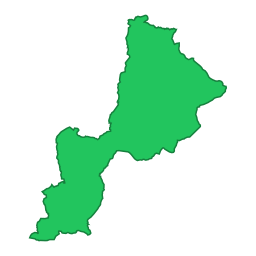 outline of Azogues, Cañar, Ecuador
{"feature_id": "8360857B88575915979484", "entity_name": "Azogues", "entity_type": "district", "adm_level": 2, "iso_a3": "ECU", "parent_name": "Ecuador", "parent_adm1": "Cañar", "projection": "mercator", "projection_center": [-78.782, -2.632], "detail": "fine", "context": "isolated", "style": "filled", "palette": "green", "viewbox_px": 256, "rotation_deg": 0, "n_neighbors": 0, "source": "geoboundaries", "source_scale": "gbopen_adm2", "svg_char_len": 5751}
<svg xmlns="http://www.w3.org/2000/svg" viewBox="0 0 256 256"><path d="M128.0,23.3L128.0,23.9L128.1,23.7L128.3,24.1L129.3,24.6L130.5,25.8L129.6,27.2L128.5,27.8L128.4,31.3L127.9,34.1L127.2,35.8L126.0,37.8L126.0,38.5L127.0,41.7L127.0,44.4L127.7,45.2L127.9,45.9L127.5,47.4L127.8,47.3L128.3,48.3L128.2,50.7L127.3,52.8L127.4,54.3L128.3,54.5L129.3,55.4L129.6,56.0L129.8,57.2L125.5,62.7L125.5,63.5L126.3,65.7L125.3,67.5L125.1,68.6L125.2,71.7L121.3,72.9L120.4,74.4L119.6,79.6L119.7,80.9L120.3,82.0L118.4,83.6L117.9,84.5L118.2,85.2L118.2,86.5L117.8,87.5L118.6,90.3L117.5,92.8L118.2,93.5L118.8,94.9L119.0,96.8L118.6,99.4L117.6,101.0L117.3,102.0L118.5,102.2L118.0,103.3L118.3,104.8L113.4,111.7L111.9,112.7L110.8,114.7L110.4,114.7L109.8,117.5L108.9,120.2L109.0,121.8L109.5,122.1L109.2,123.0L111.1,123.2L110.3,125.2L110.5,126.8L109.8,127.5L109.7,129.3L110.6,129.8L110.6,131.2L107.0,131.7L106.0,132.8L104.0,133.7L102.8,135.0L100.0,136.2L99.5,138.1L97.7,139.6L96.3,138.6L95.0,138.5L94.3,137.7L92.7,137.4L90.8,137.4L87.5,136.5L86.3,136.6L85.5,136.2L84.9,137.0L84.3,137.2L82.5,137.2L80.6,136.7L79.5,135.8L78.5,135.7L77.8,135.3L76.9,133.9L76.9,133.2L77.1,132.2L78.7,130.5L78.7,129.8L78.1,128.9L77.0,128.3L76.2,128.4L74.6,128.1L73.5,130.1L69.7,127.1L66.7,128.4L61.6,131.6L60.6,132.4L59.2,134.2L57.1,136.4L56.9,136.8L57.2,137.2L56.4,138.2L56.1,139.8L56.3,141.6L56.2,142.5L56.3,142.8L57.4,143.2L57.3,144.3L56.6,146.4L56.6,147.3L57.0,150.0L57.6,150.9L57.4,152.6L57.9,154.1L56.9,156.9L56.8,158.1L58.2,159.7L58.5,160.6L58.4,162.5L58.6,163.4L59.4,164.7L59.6,166.3L60.0,166.8L59.7,167.5L60.0,168.4L60.0,170.0L60.3,170.2L60.7,171.3L61.2,171.4L61.3,171.8L61.3,173.4L60.9,174.3L61.0,175.7L61.6,177.3L61.6,178.6L61.8,179.0L62.8,178.9L63.9,179.1L64.8,182.9L64.0,183.1L63.4,181.5L62.0,181.9L60.6,182.5L59.8,183.3L59.4,183.1L58.8,183.4L58.2,185.5L57.0,185.7L56.4,186.3L55.7,186.2L55.1,186.3L54.4,187.0L53.9,187.1L51.8,184.6L51.0,186.4L49.0,188.0L48.2,188.5L47.0,188.6L45.1,189.8L44.4,190.5L42.2,191.6L43.0,192.6L43.7,193.0L43.9,193.9L44.5,194.5L46.2,195.0L46.4,197.5L44.0,198.8L43.8,199.9L43.2,201.3L44.2,204.3L44.7,204.6L45.4,206.2L45.8,209.6L46.0,210.5L46.3,210.5L46.6,211.3L46.5,212.0L47.5,213.1L48.2,213.4L48.0,213.6L48.3,213.9L48.1,214.3L48.6,215.0L48.6,216.0L48.2,216.9L48.3,217.8L45.1,218.6L40.8,218.5L39.5,221.0L37.6,222.3L36.8,225.4L37.2,226.7L36.9,227.3L37.3,227.7L37.4,229.4L37.2,230.5L37.9,231.5L37.7,232.6L38.1,232.7L38.2,233.1L37.8,233.4L37.0,232.8L34.8,232.5L32.0,233.8L30.7,235.4L29.7,237.8L35.0,238.8L36.3,239.9L38.0,240.0L38.6,240.5L39.4,240.6L40.2,240.4L45.6,240.6L47.3,240.5L49.5,239.6L54.1,239.6L55.8,236.2L59.2,233.8L58.6,231.9L58.8,231.1L59.0,231.0L61.3,231.4L62.0,232.8L62.9,233.1L65.9,233.4L67.6,232.5L68.6,232.7L69.8,233.3L71.4,233.6L72.5,233.5L73.2,233.1L75.4,232.9L75.9,232.6L76.5,231.8L76.4,231.4L77.2,230.6L78.8,230.5L80.9,231.4L83.7,231.9L86.9,233.8L87.8,235.0L89.7,234.4L90.8,233.1L89.9,230.3L88.5,229.4L88.2,227.6L87.4,225.8L87.9,224.6L87.6,223.9L88.1,224.0L87.7,223.6L87.9,223.0L87.8,222.6L88.0,222.3L87.4,221.2L87.6,219.9L87.8,219.5L89.3,218.2L90.8,217.2L93.7,214.0L97.7,208.9L98.7,207.0L100.0,205.4L100.5,204.4L100.6,202.7L101.2,200.9L101.9,199.3L102.7,198.5L102.2,194.8L102.5,193.1L102.4,192.0L102.8,191.0L103.6,190.6L104.2,189.6L103.6,188.5L103.9,187.7L104.0,184.5L102.6,182.3L102.0,180.1L100.7,177.6L100.5,177.9L100.7,177.4L100.5,176.9L100.6,176.3L99.4,176.0L99.5,174.7L100.1,174.1L99.8,173.5L100.8,173.1L102.7,171.4L103.6,169.9L104.1,168.3L105.3,167.9L106.5,166.2L107.6,165.7L107.8,165.1L107.7,164.3L110.1,159.1L112.3,158.5L112.8,157.9L113.5,155.0L114.0,154.6L114.2,153.9L115.5,152.9L116.6,150.8L119.0,150.6L128.2,151.9L129.6,152.8L131.3,154.5L134.6,158.7L135.9,159.7L137.4,160.5L140.2,159.8L141.9,160.1L143.1,159.3L144.6,159.5L145.0,159.9L145.9,160.1L147.1,159.7L148.0,159.7L149.4,158.8L151.6,158.4L152.2,156.8L153.4,156.2L154.0,155.5L154.7,154.2L155.9,153.4L156.4,153.2L159.3,154.0L160.7,150.2L161.5,149.6L162.0,148.6L162.9,147.9L163.6,147.9L164.9,149.2L169.4,151.9L171.8,152.6L173.5,152.3L174.3,151.1L174.3,148.8L176.3,145.3L176.7,143.5L177.5,142.0L177.5,140.3L179.4,140.6L182.5,139.1L184.2,138.9L185.1,138.1L187.4,137.1L189.7,137.0L200.3,126.6L200.3,125.1L198.9,123.8L198.5,122.5L197.3,120.5L196.7,117.2L195.7,114.6L196.4,111.3L197.0,109.6L197.0,108.2L197.3,107.4L197.6,107.2L199.5,106.8L199.5,106.0L200.1,105.3L203.5,104.5L208.1,102.5L209.6,101.5L212.4,100.0L214.4,98.1L216.8,97.3L220.3,96.6L222.1,95.1L222.4,94.3L225.3,91.5L225.4,89.7L226.3,88.0L226.0,86.4L225.0,86.3L222.8,85.2L222.8,83.4L221.6,81.6L220.3,81.0L219.0,80.7L217.8,81.1L215.8,81.1L212.7,79.8L210.4,78.5L208.9,77.2L206.9,73.1L205.2,70.9L202.6,69.4L201.8,67.8L200.5,66.3L194.4,61.3L193.7,60.4L193.4,59.5L193.5,58.4L192.5,58.2L191.3,58.3L191.2,58.6L189.2,59.4L188.7,59.5L188.1,59.4L185.5,57.7L184.6,55.6L183.7,54.6L182.7,54.0L181.4,53.8L180.1,52.6L178.8,49.5L178.9,47.4L179.2,46.2L179.2,43.0L176.2,43.5L174.6,44.4L174.4,44.3L172.7,40.0L171.8,38.8L172.7,36.2L172.6,35.7L173.1,34.6L174.2,32.6L175.3,31.8L176.3,29.5L175.5,29.6L175.0,29.0L173.6,28.4L172.9,29.0L172.3,29.2L172.1,28.9L171.1,28.9L170.6,29.4L170.0,29.2L169.5,29.7L168.1,28.4L167.2,28.8L167.2,28.3L166.7,28.2L165.5,28.9L165.0,28.8L164.7,29.2L163.9,28.4L163.2,28.6L161.9,28.3L160.7,27.4L159.8,27.7L158.8,27.6L158.6,27.1L158.3,27.0L156.9,28.0L154.9,27.4L155.0,26.8L153.2,25.3L152.7,25.5L150.7,25.2L149.5,24.6L147.6,22.9L146.4,22.8L145.5,22.2L144.2,22.2L144.5,21.6L147.3,20.0L147.9,19.0L147.8,17.9L147.4,16.5L146.5,15.6L145.8,15.4L145.2,15.4L142.6,16.4L140.3,17.0L138.2,16.4L137.6,16.4L136.6,17.0L136.4,17.5L135.9,17.7L135.6,17.4L134.7,19.1L134.6,19.9L133.9,20.3L131.4,19.5L130.3,19.7L129.8,19.5L129.3,19.8L128.5,19.9L128.2,20.3L128.7,21.0L128.7,22.4L128.0,23.3Z" fill="#22c55e" stroke="#15803d" stroke-width="1.5"/></svg>